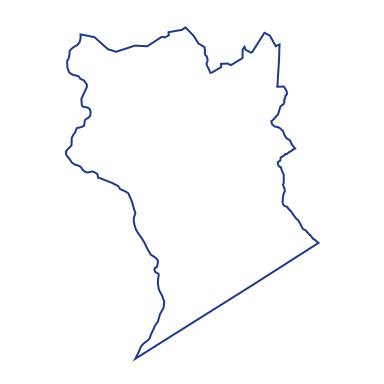 outline of Morro Cabeça no Tempo, Piauí, Brazil, rotated 178°
{"feature_id": "56859067B6613236641364", "entity_name": "Morro Cabeça no Tempo", "entity_type": "district", "adm_level": 2, "iso_a3": "BRA", "parent_name": "Brazil", "parent_adm1": "Piauí", "projection": "natural_earth1", "projection_center": [-43.896, -9.762], "detail": "fine", "context": "isolated", "style": "outline", "palette": "blue", "viewbox_px": 384, "rotation_deg": 178, "n_neighbors": 0, "source": "geoboundaries", "source_scale": "gbopen_adm2", "svg_char_len": 2945}
<svg xmlns="http://www.w3.org/2000/svg" viewBox="0 0 384 384"><g transform="rotate(178 192 192)"><path d="M297.9,353.4L297.9,350.9L298.1,349.2L299.2,345.4L301.5,342.9L305.7,340.6L307.0,339.6L308.9,337.9L309.5,336.3L309.7,333.5L310.6,329.8L311.8,328.0L312.3,326.4L312.2,323.4L312.1,320.2L310.6,315.9L308.7,314.3L306.5,313.1L301.8,311.9L300.6,310.6L299.7,309.1L296.1,307.2L294.1,304.3L293.3,302.9L293.4,300.7L299.3,288.9L299.1,283.0L298.4,281.2L293.2,279.9L291.8,279.0L290.9,277.8L290.5,274.9L291.2,271.7L292.1,270.5L296.0,268.1L296.9,266.0L297.5,262.1L299.5,261.0L302.6,260.3L304.6,260.0L305.8,258.3L306.6,255.6L307.7,254.6L308.8,253.0L310.3,250.3L310.6,245.6L310.8,243.1L311.9,241.6L314.6,239.3L316.6,236.9L316.5,234.0L315.7,232.4L313.7,229.9L311.1,225.7L308.0,223.4L305.1,222.5L302.7,221.3L301.7,220.1L300.4,217.8L297.7,215.7L296.0,215.2L293.9,215.4L291.3,216.0L289.3,215.4L287.8,214.5L286.0,213.3L285.1,209.4L282.8,208.8L278.8,207.0L271.4,203.8L265.6,200.5L263.7,197.4L258.4,194.8L255.6,192.9L253.8,188.0L252.5,185.1L250.7,177.6L249.3,172.9L250.9,168.5L251.2,166.9L251.2,165.2L250.7,161.4L249.4,156.7L248.3,154.5L245.8,150.5L243.4,146.7L241.5,143.4L238.7,137.1L235.3,130.7L233.1,129.3L230.7,127.5L228.7,125.1L228.5,122.9L229.7,118.3L231.4,117.5L232.3,116.0L231.6,113.4L228.3,111.3L228.2,109.7L229.1,105.2L229.3,102.3L228.7,96.5L227.8,94.1L225.1,88.5L224.8,87.0L223.6,83.9L224.2,78.5L224.8,76.7L228.4,70.7L230.5,63.9L232.5,61.3L234.0,59.0L235.3,56.2L237.7,51.7L238.3,50.2L239.5,47.1L240.5,45.9L245.6,42.3L248.4,39.3L251.2,33.2L254.5,27.3L189.9,64.9L134.7,96.9L123.2,103.7L67.4,136.7L70.7,139.8L72.8,141.2L74.3,143.5L76.7,146.0L80.0,150.0L82.2,150.9L84.2,154.6L85.0,156.7L87.0,160.1L89.0,162.0L92.0,166.4L93.3,168.6L96.5,172.3L97.5,173.9L99.9,174.7L100.9,175.7L101.9,178.1L101.2,184.1L100.7,186.5L99.2,189.7L99.3,191.5L100.9,196.3L100.1,197.5L99.8,201.0L99.9,202.9L99.6,205.4L101.9,211.7L102.2,213.7L103.9,214.3L105.2,216.4L105.3,218.8L102.7,220.4L102.1,223.4L98.6,225.4L97.5,226.6L96.0,226.6L93.4,228.6L91.1,229.7L89.1,231.2L87.4,231.8L90.6,236.1L92.3,240.2L95.6,242.4L97.7,245.8L98.8,249.6L101.8,252.6L103.1,253.5L107.2,254.7L109.7,257.1L110.2,260.1L108.9,260.9L107.6,262.0L105.0,265.0L103.4,266.3L100.5,274.7L97.5,276.5L96.4,278.9L96.8,280.8L95.6,282.4L95.3,284.9L93.7,286.4L93.8,289.0L95.1,291.8L96.5,294.2L103.0,294.2L100.4,321.3L99.4,336.4L100.8,335.8L103.2,334.8L108.7,345.5L114.0,348.6L124.9,332.7L126.6,330.1L128.2,329.2L133.5,332.3L134.5,335.2L136.4,332.7L136.8,324.1L148.7,317.4L152.2,319.2L158.5,319.0L158.5,315.8L168.3,310.5L169.7,310.7L170.3,312.6L171.4,315.3L172.7,317.8L173.0,320.2L171.9,322.2L171.9,323.9L172.2,325.7L172.7,327.2L173.8,328.2L174.4,330.3L174.0,332.4L174.3,334.3L174.6,336.5L180.5,340.3L184.8,347.9L192.8,356.7L196.5,354.4L209.9,352.5L209.7,349.4L213.6,347.5L216.9,348.1L222.5,344.7L231.6,339.2L243.9,340.3L262.9,334.8L271.0,337.6L284.0,350.1L297.9,353.4Z" fill="none" stroke="#1e3a8a" stroke-width="2"/></g></svg>